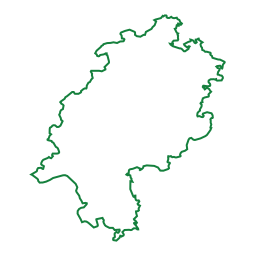 outline of Hessen
{"feature_id": "DEU-1574", "entity_name": "Hessen", "entity_type": "State", "adm_level": 1, "iso_a3": "DEU", "parent_name": "Germany", "parent_adm1": "", "projection": "equal_earth", "projection_center": [9.183, 50.526], "detail": "fine", "context": "isolated", "style": "outline", "palette": "green", "viewbox_px": 256, "rotation_deg": 0, "n_neighbors": 0, "source": "natural_earth", "source_scale": "10m", "svg_char_len": 5767}
<svg xmlns="http://www.w3.org/2000/svg" viewBox="0 0 256 256"><path d="M202.5,42.3L201.0,43.3L200.5,44.4L201.0,46.4L202.0,47.7L202.3,50.0L203.7,50.4L205.2,51.8L206.7,51.7L210.3,52.7L210.7,53.2L210.3,54.5L210.7,55.1L211.9,55.9L212.5,57.8L218.1,59.5L220.0,59.6L224.5,61.8L224.7,62.2L224.4,62.9L223.3,64.1L222.8,65.1L222.4,68.1L222.1,68.5L221.1,67.5L221.1,66.7L220.1,65.7L217.1,66.1L216.4,66.6L217.0,67.1L217.5,68.0L219.8,68.6L219.5,69.9L218.1,72.0L217.6,74.2L217.7,74.6L219.1,74.8L220.1,75.4L221.7,75.6L222.7,76.9L222.9,78.0L221.6,80.4L217.1,80.6L216.2,80.1L216.1,79.1L214.8,79.5L213.9,79.2L210.6,79.3L208.7,80.5L208.5,81.8L208.7,82.4L210.0,83.8L210.3,85.1L209.9,85.9L207.7,86.3L203.7,85.7L203.2,85.8L202.9,86.4L202.8,87.0L203.2,87.5L204.3,87.1L204.3,88.6L204.7,89.4L205.2,89.2L206.2,88.1L207.3,87.9L209.2,89.1L210.1,90.7L211.1,91.7L208.7,94.1L208.5,94.5L208.8,95.2L208.8,96.2L208.5,96.6L204.6,97.5L202.8,98.4L202.8,98.9L202.2,100.3L202.5,102.2L200.9,102.6L200.5,103.5L201.7,104.8L201.5,106.6L199.9,109.4L200.0,110.6L198.4,111.9L197.5,113.1L197.2,115.5L197.6,116.4L199.4,116.1L201.6,117.0L202.7,117.1L203.2,116.8L203.7,115.9L202.7,114.5L203.0,113.6L207.1,112.2L211.5,113.3L212.6,115.3L212.8,117.6L212.5,118.0L211.4,118.1L210.4,119.3L210.7,120.4L210.7,122.8L211.3,124.4L210.4,127.6L210.6,128.1L211.2,128.1L210.4,130.1L207.0,134.9L205.4,136.1L200.5,138.4L194.9,140.0L193.4,139.7L191.3,137.9L189.5,138.4L188.6,139.6L186.7,145.1L187.2,149.2L185.1,150.7L181.8,151.8L181.3,152.3L180.7,153.0L180.1,154.4L180.2,155.6L180.6,156.0L180.3,156.4L176.5,157.4L175.3,157.4L174.0,156.9L172.2,157.2L170.9,156.1L170.0,156.5L168.3,156.2L168.1,157.1L168.3,159.1L167.5,161.9L168.0,162.4L169.6,162.7L169.9,163.1L168.6,165.5L168.5,166.0L169.0,168.2L168.2,169.0L163.4,170.7L160.3,170.6L158.0,167.5L154.2,165.9L146.8,165.4L143.5,166.2L143.1,167.8L141.7,169.2L140.0,170.1L139.8,169.9L140.4,168.7L137.0,167.2L132.8,168.8L130.1,169.3L129.2,169.9L128.9,170.5L128.7,173.2L127.3,173.6L126.4,174.6L127.6,175.3L129.1,174.9L130.3,175.4L130.7,177.7L131.5,178.7L131.4,179.8L132.4,181.7L130.4,181.3L130.3,189.2L133.1,196.0L133.6,196.8L134.0,196.9L135.0,195.6L135.4,195.6L135.4,198.5L136.0,200.0L137.1,200.6L138.7,200.4L139.3,201.3L138.9,202.2L137.6,203.8L137.9,204.6L140.0,205.7L138.7,208.3L138.6,209.2L138.9,210.3L137.9,211.1L136.0,211.4L136.1,212.8L137.0,216.1L133.9,219.1L134.2,219.8L135.8,221.1L136.9,222.7L136.2,223.7L135.6,223.7L134.5,222.8L134.1,223.0L134.1,223.5L136.0,225.6L138.1,228.6L138.2,229.4L137.3,229.4L136.2,228.4L134.2,228.3L133.6,228.4L131.7,229.9L130.9,230.1L129.1,229.8L124.5,230.0L122.4,232.1L123.6,234.1L123.8,234.8L123.4,235.6L121.3,236.6L120.9,236.3L120.8,235.8L120.3,235.7L119.5,237.8L116.4,240.6L113.4,240.1L113.1,239.4L113.3,238.1L114.7,237.3L114.9,236.8L114.6,234.5L114.7,233.4L116.4,231.8L117.9,232.8L118.4,232.7L119.6,230.9L119.7,230.2L119.5,229.6L114.6,230.0L112.9,227.9L109.5,227.9L105.8,226.0L104.9,225.1L103.7,222.8L103.4,221.6L103.8,220.8L103.7,219.9L102.9,218.9L102.5,217.9L96.4,219.2L96.3,219.6L97.8,224.9L97.8,225.7L97.2,226.3L93.8,227.5L88.4,222.8L86.5,221.6L84.6,221.3L82.0,222.2L80.6,219.1L77.6,213.7L77.7,211.0L79.1,209.0L81.2,207.8L83.8,207.4L86.6,204.3L86.8,203.3L85.7,202.9L82.6,203.3L81.4,200.7L79.9,198.4L79.2,195.7L76.6,192.1L76.1,190.8L77.3,187.3L75.7,183.9L67.3,176.0L65.1,175.2L63.0,175.3L53.1,178.0L50.0,179.9L46.2,181.6L42.8,182.5L39.6,182.6L38.2,180.9L38.0,179.6L37.4,178.8L32.3,175.0L31.3,174.5L36.6,171.4L36.9,171.0L37.3,169.2L38.2,168.0L41.2,167.8L42.5,168.9L43.2,168.9L43.9,166.2L41.8,164.9L41.2,164.3L41.2,163.6L41.4,162.7L42.3,160.9L43.3,159.8L47.9,157.9L48.9,157.0L50.3,158.0L51.2,158.2L52.9,156.2L52.1,155.2L52.2,154.6L52.7,153.6L57.0,153.6L58.3,153.3L59.1,152.6L59.1,151.7L58.0,148.7L57.4,147.8L55.8,146.8L53.4,142.7L52.1,142.1L51.6,141.0L48.0,140.2L47.5,139.8L47.6,139.3L48.6,138.6L49.6,135.8L51.1,134.3L49.6,133.2L49.7,128.9L50.0,127.7L51.3,127.0L52.5,125.6L53.8,125.2L55.2,125.4L57.0,127.0L58.7,126.9L60.5,125.6L62.6,121.2L62.3,120.7L61.5,120.4L61.0,119.6L60.8,118.1L59.2,114.8L60.0,113.1L60.3,111.4L61.1,110.1L62.9,109.1L63.6,105.5L63.0,104.7L61.1,103.5L61.0,102.8L60.3,102.3L60.4,101.8L64.6,98.8L65.4,97.2L66.9,96.3L72.2,92.0L73.7,92.0L74.6,93.5L75.0,93.8L78.5,93.8L80.9,92.4L81.1,92.0L81.0,91.1L83.4,89.1L84.8,88.4L86.3,88.5L86.6,87.9L86.8,85.6L88.4,82.7L89.9,82.0L91.3,79.5L92.7,78.0L91.9,75.1L92.1,73.8L90.8,71.6L91.2,70.8L99.2,70.8L101.8,71.3L105.4,69.5L105.4,68.8L104.5,67.1L108.8,62.9L109.0,62.4L108.9,61.2L107.4,55.3L106.5,54.8L106.7,53.4L105.9,53.3L103.8,54.4L100.2,55.0L99.3,56.1L98.4,56.3L97.2,55.9L96.7,54.5L95.2,53.3L96.6,50.7L100.9,46.9L101.4,46.0L102.9,45.2L103.5,44.2L107.1,43.1L110.6,42.9L113.5,42.3L117.1,43.0L120.1,41.5L123.3,41.3L123.9,40.8L124.4,39.3L123.8,38.7L121.9,38.4L121.6,35.5L120.4,33.9L120.7,33.0L121.1,32.5L125.1,30.9L129.6,29.7L134.5,31.8L135.0,32.3L135.1,33.2L135.0,34.8L136.9,36.2L140.4,36.7L143.5,34.9L145.0,34.9L145.9,31.9L151.5,28.9L152.6,27.1L154.6,25.3L156.1,21.5L154.3,20.1L155.3,19.6L160.9,18.1L162.7,15.9L163.3,16.4L164.8,15.4L166.3,15.5L166.6,15.9L166.7,17.4L167.9,18.0L169.5,17.9L171.2,16.8L172.4,17.8L174.0,18.2L176.8,17.7L177.5,19.1L179.4,20.0L180.3,22.2L181.9,23.5L181.2,24.6L180.7,24.8L178.1,23.5L177.8,24.1L178.6,25.7L178.0,25.8L176.7,25.4L176.1,28.3L174.8,28.8L176.5,32.2L177.3,33.2L178.2,33.5L177.5,34.7L178.1,35.8L177.9,37.1L178.2,39.6L177.7,40.4L173.6,40.7L172.3,42.3L173.0,43.6L172.9,44.3L170.1,43.8L170.6,44.6L172.8,46.2L179.6,48.4L180.6,48.4L181.7,48.9L183.9,51.2L185.0,51.3L188.5,48.9L188.8,47.7L189.6,46.5L188.9,46.2L187.0,47.3L184.5,45.3L184.0,44.2L188.3,41.9L190.2,41.4L190.9,40.8L190.5,39.6L191.4,39.8L193.4,40.7L194.6,42.8L195.6,43.2L196.7,42.3L195.7,40.3L195.7,39.6L197.4,39.4L198.1,38.7L198.7,38.6L199.1,40.1L202.5,42.3Z" fill="none" stroke="#15803d" stroke-width="2"/></svg>